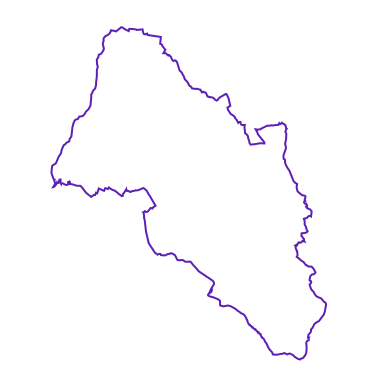 Gilau, Cluj, Romania (Natural Earth projection), rotated 274°
{"feature_id": "2599482B93154387611323", "entity_name": "Gilau", "entity_type": "district", "adm_level": 2, "iso_a3": "ROU", "parent_name": "Romania", "parent_adm1": "Cluj", "projection": "natural_earth1", "projection_center": [23.329, 46.73], "detail": "fine", "context": "isolated", "style": "outline", "palette": "violet", "viewbox_px": 384, "rotation_deg": 274, "n_neighbors": 0, "source": "geoboundaries", "source_scale": "gbopen_adm2", "svg_char_len": 5951}
<svg xmlns="http://www.w3.org/2000/svg" viewBox="0 0 384 384"><g transform="rotate(274 192 192)"><path d="M195.5,305.5L196.1,304.8L196.6,301.8L199.9,297.3L203.8,296.0L207.4,296.3L207.9,295.0L209.7,292.7L220.0,287.7L222.9,285.4L225.6,283.7L227.9,282.8L230.8,282.4L231.2,281.9L231.4,281.2L233.2,280.8L235.4,280.8L241.8,282.6L243.7,282.5L246.6,281.5L251.4,282.2L256.9,282.0L258.7,280.9L261.7,282.0L261.9,281.4L262.5,281.5L265.1,280.5L265.1,280.2L265.9,279.6L266.8,277.4L267.4,276.9L265.9,275.4L266.0,274.5L266.5,274.2L265.0,273.6L264.7,271.0L264.0,268.3L264.1,266.8L263.4,264.1L263.5,262.6L260.2,256.9L259.3,255.9L259.4,255.5L258.8,253.7L259.0,251.1L255.6,253.3L254.4,253.5L246.7,260.6L245.5,260.8L245.3,256.1L244.1,251.4L243.4,247.1L244.8,246.0L247.6,245.3L249.0,244.5L251.7,243.8L253.7,242.1L254.4,240.9L260.2,239.8L262.6,240.0L262.3,237.7L262.5,236.6L263.9,235.7L265.2,235.4L265.3,235.1L265.2,234.2L264.2,233.3L267.0,231.5L269.0,229.6L270.1,229.3L271.5,227.2L272.5,225.2L276.6,222.1L278.7,221.5L280.6,224.2L288.3,221.8L292.1,219.6L292.0,218.6L288.6,213.6L287.3,212.2L285.6,211.2L284.9,210.3L285.8,208.4L287.2,207.0L287.7,205.8L288.0,202.9L287.8,202.5L288.3,201.8L288.3,200.9L291.9,198.9L292.8,196.3L292.2,195.8L292.0,195.0L294.7,193.2L294.7,192.2L295.3,190.2L295.1,188.2L295.3,184.9L296.9,183.7L298.0,181.8L301.2,180.0L303.9,177.0L306.8,175.8L308.5,174.5L310.2,173.7L312.2,171.4L313.0,170.9L320.3,168.1L321.8,166.8L322.2,165.6L321.4,164.6L321.6,163.9L322.4,163.1L325.4,161.5L326.1,160.7L326.6,159.8L326.5,159.3L327.0,159.3L326.9,158.5L327.3,157.6L328.5,156.5L328.5,153.8L331.9,155.5L335.4,152.4L336.8,151.9L337.6,149.9L344.5,150.1L345.5,136.8L346.9,136.1L346.0,134.1L346.3,132.9L347.5,132.2L350.8,131.3L349.8,125.6L350.3,124.8L350.5,118.9L350.3,118.0L348.1,117.6L349.6,114.0L351.1,111.4L351.5,110.0L346.9,105.1L347.6,101.9L347.3,100.8L347.7,100.0L345.3,99.2L344.2,98.5L342.8,97.2L341.6,94.9L339.5,93.3L337.8,93.0L336.6,93.3L333.9,92.6L330.3,93.6L329.9,93.9L328.4,94.1L328.0,93.8L327.0,93.7L323.8,91.9L323.1,91.0L322.4,89.4L320.1,89.2L317.4,87.8L313.2,88.3L310.4,89.3L307.1,88.6L300.6,89.0L295.0,88.7L292.0,88.8L288.6,88.2L285.7,86.0L283.6,85.5L282.0,84.6L279.9,84.9L271.0,84.7L267.3,82.9L264.7,80.6L262.2,79.4L260.1,77.7L259.3,74.2L256.9,73.1L256.1,70.9L254.9,69.9L252.8,69.1L248.2,68.2L239.0,67.8L236.4,66.3L234.0,66.0L233.7,65.7L232.6,63.6L230.8,62.2L229.6,60.7L225.1,59.1L221.3,58.5L217.8,56.5L211.6,54.4L210.7,53.8L209.6,52.1L208.1,50.6L201.3,50.4L195.4,52.9L194.9,53.4L194.7,54.1L193.8,53.7L192.2,54.5L190.6,54.9L187.2,53.2L187.4,53.8L189.2,55.5L191.6,56.4L191.3,56.5L191.3,57.0L191.7,57.4L191.7,57.9L195.1,59.0L195.4,59.9L195.0,60.1L191.8,60.1L191.0,60.8L191.5,60.8L191.6,62.5L190.5,64.9L190.2,66.7L191.4,68.2L193.1,67.6L194.0,69.1L193.5,69.5L191.3,69.7L191.5,71.4L190.2,76.6L190.4,80.0L189.6,81.3L183.8,86.4L180.1,91.8L182.3,94.4L182.3,95.6L184.6,96.3L184.1,97.5L189.0,98.8L187.0,104.2L189.8,105.2L189.1,107.9L190.7,108.7L188.7,112.1L188.0,114.7L187.1,116.3L185.0,119.0L183.0,122.3L183.3,123.2L185.3,123.3L186.6,124.3L190.1,126.2L188.8,126.4L188.8,126.8L188.5,127.1L188.8,127.8L188.2,128.9L188.2,129.8L187.7,130.6L188.6,132.1L189.3,134.8L189.8,135.5L189.8,137.7L192.6,143.2L192.2,144.0L190.3,146.5L187.8,148.3L187.1,148.5L185.4,150.0L176.4,156.1L176.0,156.5L175.8,156.6L173.7,154.0L172.8,153.7L173.2,151.9L169.4,149.2L168.8,147.8L169.6,146.2L169.3,145.8L168.7,145.6L168.4,145.0L168.2,145.4L167.1,145.3L164.2,146.0L163.5,145.8L160.5,146.8L149.2,148.9L137.9,152.4L128.8,159.3L127.1,162.2L128.0,163.6L128.0,164.8L126.9,165.4L126.8,167.3L127.0,170.1L128.1,171.6L128.4,172.2L128.5,173.5L129.4,174.9L129.3,176.6L127.7,179.5L123.3,182.1L122.9,184.3L123.5,186.6L123.3,188.1L122.1,189.8L122.0,190.7L122.4,195.4L118.5,199.0L116.6,201.2L113.4,204.2L105.4,218.1L104.7,219.1L103.5,220.0L101.6,220.4L97.1,218.0L93.4,216.6L95.0,218.5L93.8,218.3L91.2,215.5L90.4,215.1L89.7,215.6L89.0,217.4L88.3,221.1L86.6,226.0L85.4,227.5L80.8,228.0L80.1,231.4L81.3,235.8L80.7,238.7L78.5,243.4L76.4,246.3L75.5,248.1L74.9,248.7L73.3,252.4L70.1,254.9L69.1,255.2L68.3,255.9L65.9,256.7L64.5,257.6L63.9,258.6L63.4,258.6L63.4,259.0L63.0,259.2L62.4,260.4L61.2,261.3L61.4,261.7L60.9,261.8L60.8,262.4L59.7,263.7L59.6,264.5L59.2,264.5L59.2,264.9L58.8,265.0L58.5,265.5L58.3,266.1L57.4,266.6L57.1,267.6L56.3,267.7L56.4,268.2L56.1,268.2L55.8,269.0L55.3,269.2L54.9,270.4L54.5,270.2L52.5,271.4L52.3,271.8L51.7,272.0L51.8,272.2L51.3,272.6L50.3,274.0L48.4,275.0L46.7,276.2L46.2,277.0L45.5,277.1L43.8,278.2L43.2,278.2L40.0,280.6L37.9,282.9L36.3,283.8L35.6,283.9L35.5,287.1L35.9,289.3L36.6,291.4L36.9,293.6L37.7,294.9L37.5,296.2L36.6,298.4L37.6,300.2L37.6,301.2L36.2,304.4L34.8,305.8L33.3,308.6L32.7,309.9L32.5,311.5L33.0,311.8L34.2,314.4L36.8,316.2L39.4,317.2L43.8,317.3L49.6,316.5L51.2,317.0L52.2,318.7L52.7,318.9L53.6,318.7L54.3,318.1L55.1,318.7L55.2,317.9L57.4,318.0L60.9,320.4L63.1,320.3L64.9,321.7L69.0,323.4L71.2,326.1L72.0,327.6L79.0,332.1L82.5,332.9L89.1,333.6L90.7,333.0L92.2,330.8L94.8,328.4L95.8,325.3L96.9,323.1L98.5,321.7L100.5,320.5L103.3,317.7L107.1,316.0L108.3,315.9L108.7,316.6L110.3,317.3L111.3,316.9L111.5,316.2L112.2,315.4L116.1,315.8L118.2,317.5L118.5,319.4L120.4,320.8L123.7,318.8L125.9,316.5L125.9,314.3L125.7,313.7L126.6,311.9L127.1,311.4L127.1,310.7L130.0,308.1L131.3,305.6L133.1,303.4L134.5,301.0L135.3,301.5L136.5,301.7L138.8,301.3L139.5,301.0L140.5,301.0L141.2,300.3L143.4,299.3L144.8,299.2L145.6,300.0L145.9,298.9L147.4,300.9L149.2,302.0L149.3,302.3L148.8,302.6L149.4,304.7L151.0,305.6L150.4,307.7L151.8,307.0L152.7,307.1L155.9,304.2L158.4,304.2L159.2,308.0L159.9,309.3L160.8,310.1L163.2,308.6L164.8,308.3L167.4,306.7L170.7,306.4L173.1,305.5L174.0,308.2L176.2,310.2L176.4,311.5L175.9,312.5L176.2,312.5L181.2,312.7L183.0,310.8L183.4,309.7L183.5,308.6L184.1,307.8L185.2,307.0L185.4,307.7L186.1,307.4L186.4,307.8L188.4,306.7L188.1,305.8L188.9,304.8L190.0,304.5L191.0,305.7L192.0,304.9L193.0,305.3L195.5,305.5Z" fill="none" stroke="#5b21b6" stroke-width="2"/></g></svg>